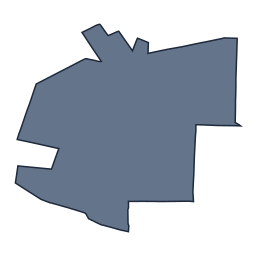 Galiciuica, Dolj, Romania (Robinson projection)
{"feature_id": "2599482B18051672506084", "entity_name": "Galiciuica", "entity_type": "district", "adm_level": 2, "iso_a3": "ROU", "parent_name": "Romania", "parent_adm1": "Dolj", "projection": "robinson", "projection_center": [23.4, 44.093], "detail": "fine", "context": "isolated", "style": "filled", "palette": "slate", "viewbox_px": 256, "rotation_deg": 0, "n_neighbors": 0, "source": "geoboundaries", "source_scale": "gbopen_adm2", "svg_char_len": 2010}
<svg xmlns="http://www.w3.org/2000/svg" viewBox="0 0 256 256"><path d="M237.2,39.2L237.1,38.3L230.1,38.1L226.5,38.0L224.2,37.9L222.9,38.3L215.3,39.9L209.0,41.2L194.9,44.0L183.8,46.4L167.0,49.4L159.3,51.0L148.0,53.4L148.4,42.6L143.8,40.7L138.6,38.6L137.5,38.2L136.9,39.5L134.2,46.2L132.5,50.8L120.6,33.9L118.7,31.2L116.2,32.1L112.2,33.9L108.5,35.4L108.0,35.5L104.1,30.1L103.0,28.5L100.8,25.4L100.0,24.5L99.7,24.3L99.2,24.4L98.2,24.6L97.0,25.0L95.0,25.9L89.7,28.7L85.1,30.9L82.0,32.4L92.8,48.8L101.3,61.4L99.7,61.6L97.6,61.2L95.2,60.5L89.0,59.3L87.1,58.8L86.0,58.7L85.3,58.8L82.3,60.2L36.2,84.0L36.0,84.7L34.9,87.8L29.5,103.9L27.3,109.7L20.8,128.8L19.2,133.0L17.4,138.6L17.2,139.5L30.5,142.3L58.4,148.5L58.8,148.6L55.1,158.8L51.5,169.1L47.9,168.8L23.8,166.5L17.9,165.9L17.5,168.7L15.4,183.0L26.3,190.0L41.1,199.4L43.8,200.4L45.6,201.1L49.3,202.5L49.7,202.7L50.6,202.9L51.5,203.0L53.3,203.6L56.6,204.4L57.0,204.6L57.5,204.7L64.1,206.6L68.8,207.9L70.8,208.6L73.4,209.3L77.5,210.6L82.0,212.0L84.6,212.9L85.2,213.2L85.6,213.4L86.4,214.7L87.7,217.0L88.5,218.6L88.7,218.8L89.7,219.2L90.3,219.5L91.2,220.0L91.7,220.3L92.4,220.5L93.5,221.0L95.3,222.0L97.6,223.1L99.1,223.8L100.5,224.5L101.1,224.7L101.3,224.8L103.5,225.3L109.5,226.9L120.1,229.9L127.6,231.5L128.4,231.7L128.5,230.8L128.8,226.4L128.7,225.1L128.3,224.6L128.1,223.5L128.0,222.6L128.0,219.6L127.9,214.2L127.9,210.9L127.8,210.6L127.9,209.6L128.0,209.2L128.1,208.7L128.3,208.4L128.4,208.0L128.5,207.4L128.5,206.8L128.5,206.5L128.5,205.7L128.5,204.9L128.5,203.5L128.5,203.0L128.4,201.4L130.2,201.4L134.6,201.4L138.1,201.4L140.7,201.3L149.7,201.4L154.8,201.4L158.4,201.5L163.8,201.5L188.7,201.2L191.1,201.4L193.5,201.6L192.9,191.7L193.4,181.5L193.8,174.4L194.4,156.0L195.4,136.4L195.9,130.6L195.9,124.8L197.6,124.7L198.8,124.8L203.2,124.9L217.4,125.5L235.0,125.7L240.6,125.9L239.3,124.9L235.2,122.5L235.3,117.8L235.5,106.6L235.5,103.8L235.5,101.4L235.7,95.4L235.8,90.8L235.9,86.6L235.9,79.0L237.2,39.2Z" fill="#64748b" stroke="#1e293b" stroke-width="1.5"/></svg>